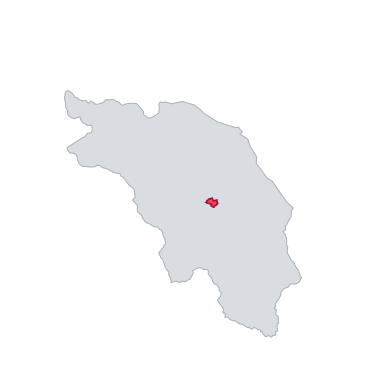 Uyanga, Övörhangay, Mongolia (highlighted), rotated 225°
{"feature_id": "93677404B10592046266618", "entity_name": "Uyanga", "entity_type": "district", "adm_level": 2, "iso_a3": "MNG", "parent_name": "Mongolia", "parent_adm1": "Övörhangay", "projection": "orthographic", "projection_center": [102.144, 46.409], "detail": "fine", "context": "in_parent", "style": "filled", "palette": "rose", "viewbox_px": 384, "rotation_deg": 225, "n_neighbors": 0, "source": "geoboundaries", "source_scale": "gbopen_adm2", "svg_char_len": 4889}
<svg xmlns="http://www.w3.org/2000/svg" viewBox="0 0 384 384"><g transform="rotate(225 192 192)"><path d="M33.4,145.3L34.5,145.5L36.5,144.5L37.0,142.6L37.7,141.7L42.0,141.9L43.8,142.8L44.3,141.7L44.7,141.6L45.5,142.7L46.6,142.5L47.3,142.1L48.2,140.8L49.6,141.3L52.3,140.1L52.6,137.4L53.7,136.9L56.0,136.7L56.5,135.5L57.0,135.2L58.6,135.1L61.6,134.1L62.9,134.1L64.1,133.0L66.8,131.8L70.6,131.5L71.0,130.7L74.7,128.7L78.4,129.0L79.7,126.9L80.2,126.8L82.4,129.7L83.5,129.5L84.0,128.5L85.6,128.7L86.0,130.6L86.7,131.5L97.5,133.4L97.8,134.1L97.9,138.4L99.7,140.6L100.1,141.6L103.2,141.6L104.7,143.4L107.4,143.5L108.6,144.1L111.3,142.8L111.9,142.8L112.7,143.7L114.0,143.2L116.2,144.8L118.1,144.7L118.9,145.4L120.1,145.0L122.7,145.6L124.7,148.0L126.1,147.9L128.0,146.5L128.5,145.5L131.1,145.1L132.6,144.2L133.6,143.3L135.2,140.0L135.7,136.6L134.4,136.0L133.4,134.8L132.8,132.9L132.8,131.6L131.7,129.6L131.9,128.6L132.7,126.9L133.2,124.2L134.1,122.8L135.9,122.0L136.1,120.9L137.3,118.9L140.0,117.8L141.6,115.5L142.5,113.2L143.8,114.4L147.2,116.2L150.0,117.1L151.8,118.9L156.9,119.5L165.3,123.7L167.1,123.5L172.2,125.2L172.6,125.8L172.6,128.9L173.0,129.7L173.2,133.0L174.1,134.7L173.9,136.7L174.3,137.3L175.6,137.6L177.6,139.6L182.2,141.0L183.6,142.4L186.8,143.2L188.4,142.6L191.1,142.9L192.0,142.6L193.7,141.0L194.7,140.5L200.7,139.1L202.3,138.0L203.4,137.7L208.1,138.5L211.5,139.9L216.2,139.5L218.5,141.1L219.6,142.7L221.5,144.0L228.1,144.2L228.4,144.5L228.6,148.0L228.9,148.5L233.5,152.1L235.6,153.0L241.6,152.3L251.2,153.8L253.4,152.9L255.5,153.9L256.2,153.7L261.9,149.9L262.8,150.0L268.9,148.0L272.7,145.9L275.7,145.6L277.9,143.9L278.5,141.1L282.0,137.4L288.1,132.4L292.4,132.3L295.1,133.4L298.1,135.7L299.7,136.3L302.5,136.0L306.0,133.4L308.1,133.5L310.2,134.0L311.7,135.2L308.3,150.8L308.4,151.7L306.9,155.1L307.5,160.0L305.3,162.2L306.0,164.9L306.8,165.8L310.1,168.1L310.9,167.6L311.5,166.3L312.9,165.0L315.7,164.7L318.0,163.8L321.2,164.2L324.4,165.9L327.4,160.2L331.0,158.8L334.5,158.8L337.7,161.6L341.2,162.4L342.4,164.1L343.8,164.6L344.3,165.5L348.9,168.4L350.2,170.7L351.7,172.3L352.1,174.1L352.0,175.1L350.7,176.4L345.2,177.1L341.7,176.0L340.7,177.3L336.5,177.8L334.4,179.0L332.9,180.0L332.2,181.4L331.5,181.9L330.8,181.9L329.4,181.2L328.3,181.5L328.0,181.8L327.9,185.0L324.4,185.7L323.1,185.5L320.4,187.5L320.1,188.8L318.8,190.7L317.9,194.1L318.4,195.4L318.2,196.3L315.8,198.5L313.6,201.4L308.5,203.3L306.0,203.9L304.0,203.6L302.3,204.3L301.2,207.3L298.3,211.3L293.6,215.4L284.1,214.7L282.9,214.3L280.7,212.5L275.3,213.1L274.0,214.7L272.9,217.0L271.3,224.1L273.9,227.7L276.7,230.0L277.9,231.6L278.1,233.2L276.5,234.1L274.4,236.9L268.8,239.9L263.1,249.0L251.9,255.2L244.8,256.1L239.1,256.1L223.8,259.5L214.0,264.5L206.6,268.6L205.1,270.5L204.3,270.8L202.9,270.2L198.9,270.1L198.8,266.8L190.0,268.9L182.8,265.2L172.6,263.0L170.6,262.1L167.1,257.9L165.3,257.3L160.9,257.0L148.7,254.9L142.9,256.4L118.2,251.8L109.1,252.3L108.8,251.8L108.4,249.1L104.5,244.6L104.0,243.5L103.9,241.9L101.2,233.1L99.1,231.7L99.7,228.1L96.4,228.1L93.0,226.4L89.5,223.5L87.9,221.5L85.4,220.8L82.6,217.1L81.2,216.3L73.7,214.0L69.9,214.0L65.9,212.6L61.2,211.8L59.8,210.9L58.5,210.8L56.0,209.0L54.1,209.0L52.6,203.8L53.5,200.8L54.7,199.1L57.2,196.7L57.3,195.7L56.7,193.1L58.5,188.9L58.5,186.1L57.8,182.9L56.3,181.9L54.8,177.4L54.5,174.1L53.9,171.7L51.9,170.0L51.5,167.9L50.8,167.7L50.2,168.3L48.9,168.3L47.7,166.9L47.2,165.3L46.4,164.8L45.0,164.7L43.6,165.1L42.2,164.5L41.1,163.0L38.1,160.5L38.3,159.1L38.0,158.0L37.0,157.6L36.2,156.4L33.3,154.6L33.3,153.8L34.4,152.5L32.5,150.8L31.9,149.3L33.5,147.8L33.1,146.5L33.4,145.3Z" fill="#d9dde1" stroke="#a8b0b8" stroke-width="1"/><path d="M166.3,196.2L165.9,196.4L165.7,196.6L165.7,197.2L165.9,197.4L166.0,197.9L166.4,198.6L166.2,198.9L165.8,199.0L165.8,199.3L165.7,199.4L165.6,199.5L165.5,199.9L165.7,200.5L165.5,201.0L165.9,201.4L165.7,201.8L165.7,202.3L166.5,202.4L167.4,202.8L167.3,203.0L168.3,203.6L168.8,204.0L168.9,203.7L169.1,203.4L169.2,203.1L169.3,203.0L169.8,202.7L169.9,202.3L169.9,202.2L169.8,201.6L169.9,201.2L170.5,201.0L171.0,201.2L171.3,201.2L171.5,201.2L172.0,201.2L172.1,201.4L172.2,201.5L172.7,201.8L173.0,201.7L173.5,202.0L173.9,200.7L174.1,200.6L174.1,200.1L174.7,199.8L174.9,199.7L175.1,198.9L175.0,198.7L175.2,198.4L175.1,197.9L175.0,197.7L175.0,197.2L175.3,197.0L175.4,196.9L175.5,196.7L175.4,196.6L175.3,196.4L175.2,196.4L175.1,196.2L174.9,196.1L174.8,195.9L174.7,195.9L174.6,195.7L174.6,195.4L174.6,195.2L174.7,194.9L174.7,194.7L174.8,194.5L174.4,194.6L174.1,194.7L173.4,194.8L173.1,194.9L172.9,195.3L172.7,195.4L172.2,195.6L171.9,195.6L171.7,195.9L171.3,196.1L171.1,196.3L170.4,196.9L170.1,197.4L169.9,197.4L169.7,197.4L169.4,197.3L169.4,197.2L169.3,196.9L169.2,196.8L169.2,196.7L169.2,196.4L169.0,196.0L168.9,195.7L168.7,195.6L168.2,196.0L167.5,196.1L166.9,196.4L166.3,196.2Z" fill="#f43f5e" stroke="#9f1239" stroke-width="1.5"/></g></svg>